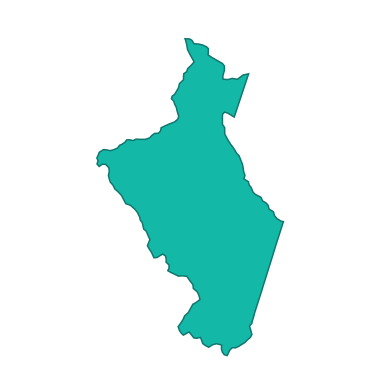 the district of Nova Campina, São Paulo, Brazil, rotated 108°
{"feature_id": "56859067B71004196372555", "entity_name": "Nova Campina", "entity_type": "district", "adm_level": 2, "iso_a3": "BRA", "parent_name": "Brazil", "parent_adm1": "São Paulo", "projection": "albers", "projection_center": [-48.98, -24.205], "detail": "fine", "context": "isolated", "style": "filled", "palette": "teal", "viewbox_px": 384, "rotation_deg": 108, "n_neighbors": 0, "source": "geoboundaries", "source_scale": "gbopen_adm2", "svg_char_len": 2601}
<svg xmlns="http://www.w3.org/2000/svg" viewBox="0 0 384 384"><g transform="rotate(108 192 192)"><path d="M92.7,237.4L97.4,237.1L101.5,238.0L104.7,238.8L107.0,240.5L109.6,240.4L111.4,237.3L113.6,235.8L116.5,233.0L119.7,231.1L124.2,228.0L127.2,228.0L130.9,230.4L133.8,234.0L136.9,237.5L140.4,241.2L143.7,240.8L146.5,242.1L147.8,245.6L150.1,247.4L153.7,249.1L156.4,252.8L158.1,258.1L159.0,261.5L161.3,263.9L161.6,267.4L162.6,270.2L165.3,271.1L168.2,273.3L169.9,275.3L173.4,276.5L176.3,280.0L178.0,282.7L178.3,286.0L179.0,289.3L182.9,292.5L185.7,292.6L189.0,293.0L191.4,291.0L194.7,291.0L196.4,288.2L193.4,286.0L192.4,282.7L194.6,278.6L197.9,277.1L202.1,276.6L204.9,274.9L207.7,272.9L210.0,269.2L212.9,266.4L214.6,262.5L216.9,258.2L219.9,255.1L223.6,251.3L223.6,246.7L226.0,241.0L228.5,237.4L231.7,234.3L234.6,232.6L236.4,230.0L239.7,227.9L242.2,226.5L243.3,223.5L246.9,220.4L250.2,217.4L253.8,217.6L256.9,217.8L259.1,215.5L261.9,211.9L266.3,207.9L265.2,205.1L262.6,202.9L260.1,200.7L261.0,197.4L263.8,195.8L266.7,195.0L268.5,191.3L271.7,190.3L274.3,190.7L275.0,187.7L275.6,183.0L276.2,178.9L274.7,175.3L273.8,170.8L277.3,166.3L279.8,162.5L283.4,160.9L285.4,156.0L288.4,153.3L291.8,151.2L296.2,154.3L298.5,156.5L302.8,157.3L307.8,158.3L312.2,160.8L315.3,161.0L319.5,162.0L324.3,163.6L327.5,161.2L329.5,158.7L330.8,156.0L326.0,151.5L327.9,148.6L330.2,145.1L329.6,142.2L327.7,139.0L330.0,137.1L332.8,135.0L333.8,132.0L334.5,128.2L330.8,125.1L328.7,121.7L328.4,116.6L332.4,115.4L334.8,113.7L336.8,111.1L336.7,108.0L330.6,107.2L327.7,105.6L326.8,102.5L324.1,99.6L321.9,97.9L318.8,95.2L314.8,93.2L312.4,91.6L309.0,91.0L305.9,93.0L301.7,95.9L298.5,94.5L296.0,94.8L291.7,94.8L287.5,95.1L262.7,95.2L259.3,95.3L228.4,95.6L216.6,95.8L191.9,95.9L192.2,98.5L191.1,102.7L189.1,106.2L185.7,108.4L184.4,113.5L181.2,115.4L179.6,118.0L178.6,122.2L175.7,124.8L174.7,131.1L173.4,133.7L169.4,137.2L167.7,139.8L164.8,141.5L163.5,146.6L159.7,146.8L156.8,149.1L152.6,151.1L149.5,153.0L146.9,155.2L142.9,158.5L141.4,161.6L138.9,164.2L136.7,167.0L134.5,170.2L131.5,173.8L129.1,176.3L126.9,178.6L123.8,179.8L120.7,180.8L118.3,183.9L110.5,186.5L108.1,186.9L105.9,185.5L106.0,182.1L107.7,175.0L62.1,174.7L65.0,179.6L70.8,183.7L71.5,188.8L74.0,192.6L75.1,197.3L72.2,198.5L66.1,198.8L62.2,200.1L60.4,202.7L57.9,214.6L56.7,219.0L53.1,220.0L50.6,220.7L49.4,223.1L48.9,227.7L49.3,231.9L50.4,235.8L47.7,239.1L47.2,241.8L48.4,246.0L50.5,244.4L53.8,242.4L57.9,240.3L62.1,236.1L65.6,232.3L67.7,230.2L72.2,232.2L76.0,234.3L79.2,234.2L82.0,236.4L84.5,235.8L87.9,234.8L92.7,237.4Z" fill="#14b8a6" stroke="#0f766e" stroke-width="1.5"/></g></svg>